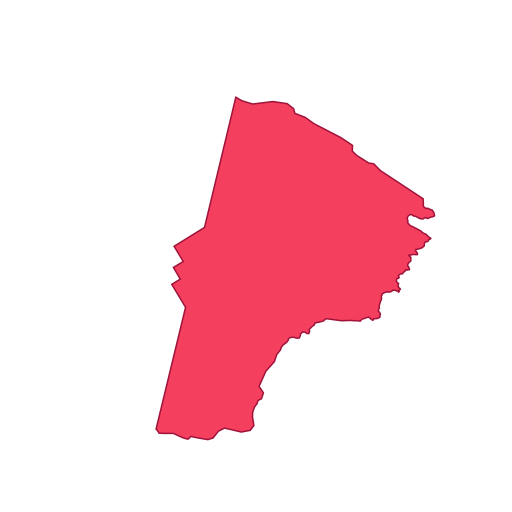 Mariposa, California, United States of America (Albers equal-area conic projection), rotated 149°
{"feature_id": "52423323B20525606755783", "entity_name": "Mariposa", "entity_type": "district", "adm_level": 2, "iso_a3": "USA", "parent_name": "United States of America", "parent_adm1": "California", "projection": "albers", "projection_center": [-120.075, 37.542], "detail": "fine", "context": "isolated", "style": "filled", "palette": "rose", "viewbox_px": 512, "rotation_deg": 149, "n_neighbors": 0, "source": "geoboundaries", "source_scale": "gbopen_adm2", "svg_char_len": 3149}
<svg xmlns="http://www.w3.org/2000/svg" viewBox="0 0 512 512"><g transform="rotate(149 256 256)"><path d="M83.2,218.7L83.2,218.8L105.3,264.9L107.6,274.4L111.6,277.8L117.9,290.4L119.4,296.3L116.3,301.1L122.3,313.8L138.2,339.6L142.4,349.4L149.2,358.3L147.9,362.9L150.8,370.5L161.8,379.6L180.6,388.0L188.2,396.4L191.5,402.5L285.4,307.0L321.2,306.5L321.2,288.8L332.7,288.7L332.8,275.2L342.8,275.1L342.8,248.3L430.8,159.1L430.5,158.9L430.3,154.0L425.4,150.8L418.2,146.5L412.1,137.6L409.7,135.0L408.7,134.1L407.5,134.2L404.8,134.9L399.3,129.8L393.6,124.9L391.8,123.4L386.5,122.1L378.4,125.2L371.7,124.7L366.9,120.2L359.3,112.7L350.7,109.5L345.2,111.7L341.7,120.2L339.1,124.0L335.2,127.2L331.2,128.9L328.6,131.1L324.8,130.8L320.1,134.9L320.5,142.7L307.0,152.1L294.6,156.0L289.0,160.8L285.6,162.1L283.4,162.9L281.6,164.5L279.1,165.7L274.3,166.2L271.4,167.4L270.9,168.3L269.0,168.5L265.8,167.2L263.8,164.9L261.2,163.4L259.3,164.7L257.9,166.2L255.3,166.8L253.3,165.6L252.3,163.4L250.8,162.3L249.1,163.5L248.2,165.7L243.7,166.8L241.8,166.8L239.7,168.2L236.4,166.9L234.7,166.5L232.1,165.6L230.7,165.8L228.1,166.1L222.1,161.3L216.1,156.5L208.2,152.1L205.7,150.3L203.2,148.8L200.2,146.5L197.3,147.3L195.4,146.6L192.7,146.2L191.2,145.9L190.5,144.5L189.9,142.6L189.2,141.0L188.7,140.7L187.9,141.2L187.5,141.6L186.2,140.9L184.6,140.1L181.9,139.6L180.9,140.1L180.3,141.7L179.5,141.8L179.2,142.8L179.1,144.1L179.5,145.8L178.4,147.0L177.1,147.9L176.1,149.6L175.6,150.3L174.0,151.7L172.6,153.1L171.5,153.6L170.1,155.2L169.6,156.4L169.5,156.9L167.8,157.8L167.4,158.5L166.0,158.5L164.9,158.4L163.9,158.2L162.4,158.0L161.9,157.4L161.1,157.0L160.6,156.5L159.7,156.3L158.8,155.9L157.9,156.0L157.1,156.0L156.2,156.2L155.4,155.6L154.3,154.9L153.7,154.0L153.1,153.3L152.6,153.1L152.4,152.5L152.5,152.1L152.4,151.6L151.7,151.7L151.3,152.3L151.1,152.9L150.3,153.0L149.9,153.0L149.4,153.2L149.3,153.9L149.6,154.8L150.1,155.4L149.8,156.0L149.5,157.5L148.9,158.1L148.4,158.6L148.0,158.9L148.3,160.1L148.8,160.9L148.6,162.0L147.9,163.2L147.4,163.9L146.4,164.1L146.1,163.6L145.2,163.5L144.3,163.9L144.4,164.7L143.8,165.9L142.1,166.1L140.8,166.1L140.4,165.6L139.6,165.3L138.5,165.8L137.0,166.2L136.3,166.1L135.7,166.6L135.4,167.0L134.8,167.0L134.3,166.3L132.3,165.8L131.9,165.3L131.1,165.8L131.2,166.6L130.7,167.9L131.1,169.4L130.5,170.3L129.7,171.0L128.6,171.5L125.9,172.0L124.0,175.0L124.3,176.6L124.8,177.2L124.5,178.0L123.2,177.3L120.3,176.3L118.7,175.1L117.1,174.1L116.3,174.8L116.3,176.9L116.5,178.4L115.3,179.4L114.7,179.0L112.6,178.1L109.5,177.5L106.6,178.0L105.4,179.8L103.7,180.9L102.2,180.2L100.8,180.1L99.8,181.0L98.9,180.8L98.0,180.8L97.1,181.1L97.4,182.2L97.9,182.8L98.3,184.0L98.6,184.7L98.8,186.1L99.2,187.4L100.3,188.7L101.2,190.3L101.8,192.6L104.1,196.4L105.9,199.3L108.2,202.9L108.8,206.3L107.7,208.0L106.8,210.8L104.7,212.0L102.3,212.1L101.2,211.1L100.5,209.4L98.5,207.5L97.0,204.8L95.6,203.0L93.6,201.7L91.4,202.0L89.5,199.7L86.2,199.3L84.7,198.8L82.9,198.3L81.9,199.0L81.7,199.9L81.2,201.7L81.2,204.4L82.7,206.2L84.1,208.4L85.9,209.3L86.9,211.8L86.4,213.4L85.1,215.4L84.5,216.7L83.7,218.3L83.2,218.7Z" fill="#f43f5e" stroke="#9f1239" stroke-width="1.5"/></g></svg>